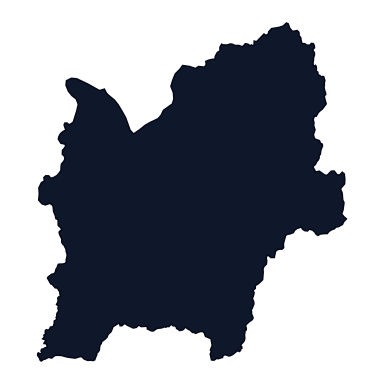 Hulu Perak, Perak, Malaysia
{"feature_id": "92858781B35407838405861", "entity_name": "Hulu Perak", "entity_type": "district", "adm_level": 2, "iso_a3": "MYS", "parent_name": "Malaysia", "parent_adm1": "Perak", "projection": "albers", "projection_center": [101.278, 5.451], "detail": "fine", "context": "isolated", "style": "filled", "palette": "ink", "viewbox_px": 384, "rotation_deg": 0, "n_neighbors": 0, "source": "geoboundaries", "source_scale": "gbopen_adm2", "svg_char_len": 5839}
<svg xmlns="http://www.w3.org/2000/svg" viewBox="0 0 384 384"><path d="M324.4,85.4L324.3,82.5L324.7,81.5L324.8,80.3L323.8,76.8L323.0,76.4L322.1,76.7L320.7,76.6L320.0,75.6L318.7,75.0L318.0,74.4L317.8,72.2L316.3,70.9L316.4,67.3L316.0,66.0L315.3,65.3L314.4,66.3L313.4,65.9L313.0,62.9L313.5,59.7L313.5,58.2L313.8,56.9L314.4,55.4L314.5,53.4L314.3,52.3L313.2,51.4L313.0,50.3L313.3,48.9L314.5,47.8L314.3,45.4L313.2,43.6L311.4,43.4L310.0,45.1L308.7,45.2L306.8,45.1L304.8,43.7L302.4,43.6L301.5,42.3L300.6,37.2L299.2,36.2L298.9,32.2L297.0,30.5L294.1,31.2L292.3,31.2L289.7,28.1L288.2,23.8L286.4,23.0L283.1,26.1L279.0,27.4L271.6,28.6L268.7,31.8L268.4,33.8L267.3,34.8L265.5,35.2L264.0,34.0L256.9,41.4L255.9,41.5L254.2,41.1L254.0,45.1L253.2,45.8L251.4,44.9L250.1,45.8L248.0,44.2L245.4,43.7L242.7,46.6L241.2,46.4L239.2,45.5L235.6,45.5L233.8,45.0L232.0,44.1L230.2,44.0L227.6,44.9L225.6,45.0L223.2,44.9L221.6,44.2L219.9,47.3L220.0,50.8L217.4,52.4L215.7,55.5L215.2,56.9L215.1,58.7L214.2,59.3L212.3,59.3L208.3,60.3L205.8,61.4L206.2,64.0L205.8,65.7L204.1,67.1L198.5,66.5L195.5,68.5L189.6,66.5L182.7,65.5L179.8,69.4L175.3,73.9L172.9,79.8L170.9,86.2L173.4,92.6L173.9,99.0L172.4,103.9L163.5,110.3L161.1,115.3L158.1,118.7L149.7,122.7L144.8,125.6L139.9,129.6L133.5,134.0L130.0,130.0L125.6,117.7L122.6,112.3L118.2,104.9L114.3,100.0L108.8,95.5L106.4,93.1L104.4,89.1L99.5,90.6L88.1,84.2L76.8,78.8L71.4,78.3L66.5,80.7L66.0,85.2L68.4,91.1L71.9,95.5L76.3,99.0L78.3,104.4L76.8,110.8L73.3,122.1L71.0,123.8L69.0,124.8L67.0,123.0L65.0,123.0L64.1,124.8L65.0,127.8L66.0,129.8L62.5,131.9L60.5,133.7L58.9,136.5L58.3,139.1L60.9,143.2L65.3,144.2L65.5,146.6L63.7,149.0L62.5,150.2L62.3,154.3L64.1,155.9L64.9,157.9L64.5,160.1L63.3,161.9L61.5,164.0L61.1,166.8L60.9,170.6L59.1,173.2L57.1,175.5L54.8,176.9L52.6,177.9L50.6,178.1L48.8,175.9L45.9,175.7L43.9,177.5L44.3,181.3L41.5,182.5L38.9,187.8L39.3,193.8L38.7,200.1L42.1,203.9L45.5,204.9L49.8,203.3L52.0,204.7L53.2,206.6L53.6,211.6L55.5,216.0L55.6,217.8L56.3,219.0L57.6,219.0L58.1,220.4L58.2,225.1L59.3,226.6L60.6,227.3L61.3,229.1L61.5,230.4L59.8,231.1L59.1,232.2L59.5,234.1L60.7,237.0L61.7,238.5L61.8,242.4L62.6,243.9L64.0,245.2L66.0,249.1L66.2,251.2L67.1,254.3L67.1,256.0L66.2,259.8L66.3,262.0L64.9,263.6L63.2,264.0L58.7,264.2L57.9,265.1L57.2,267.5L56.1,269.0L55.1,272.8L53.5,273.9L51.6,274.3L48.2,276.9L47.5,278.1L50.8,283.9L52.2,284.3L55.2,287.8L57.3,288.1L59.6,291.6L60.1,294.6L60.8,295.0L59.9,296.3L58.4,297.1L57.8,298.1L58.1,301.2L57.4,303.0L56.5,304.4L57.4,305.2L58.6,305.7L57.9,308.1L58.7,311.3L57.4,312.6L56.8,314.1L56.8,316.1L56.1,317.6L56.9,318.8L56.2,319.8L54.2,321.1L54.3,323.2L53.1,326.8L50.6,327.0L49.1,329.8L47.9,330.1L46.3,329.7L45.4,330.5L45.2,332.4L45.6,333.6L44.9,334.5L43.9,335.1L44.2,336.5L44.0,337.5L42.7,338.8L45.2,340.0L46.0,340.9L44.3,342.5L44.0,343.5L46.6,343.9L46.9,345.7L47.5,347.1L45.0,347.8L43.2,349.0L41.7,349.2L41.1,350.4L41.2,351.7L41.8,352.3L41.5,353.2L40.8,353.7L40.2,353.9L38.4,352.9L37.8,353.4L37.6,355.3L39.8,358.6L40.0,359.9L41.1,361.0L42.4,360.3L43.0,359.7L44.5,359.1L45.2,359.1L48.3,357.4L51.9,358.0L53.1,356.8L55.4,355.3L58.4,355.3L61.5,355.5L67.5,357.1L75.2,358.1L80.1,356.6L82.1,356.8L83.5,358.5L85.0,359.4L87.8,360.4L91.0,360.2L93.1,360.6L94.7,359.9L95.7,357.1L96.6,355.1L96.9,353.2L98.5,351.5L99.4,349.8L99.5,347.6L100.1,344.8L101.3,343.5L101.7,341.6L105.4,338.9L107.0,337.2L107.9,334.8L109.1,333.4L110.8,332.0L112.1,329.2L112.9,326.8L118.0,323.6L119.5,323.3L120.1,325.7L122.0,325.7L123.9,323.9L125.1,323.6L127.3,325.2L133.2,328.0L136.3,327.4L137.9,325.8L139.2,325.3L141.2,326.6L146.1,326.3L147.5,327.1L147.3,328.9L151.1,330.8L153.3,331.0L155.8,329.2L157.6,328.3L161.7,327.9L164.2,326.8L165.6,327.2L167.3,326.5L168.9,326.6L170.5,324.9L171.8,324.4L173.0,325.8L175.2,325.9L176.2,327.1L176.6,328.5L178.7,329.6L179.3,330.5L181.3,330.3L183.3,329.6L184.8,327.7L185.7,327.1L187.3,328.7L190.2,330.2L192.3,332.3L194.6,332.7L195.6,333.4L198.8,332.0L200.7,331.5L202.6,331.5L204.3,332.8L204.8,334.7L205.6,336.4L211.0,338.7L212.2,345.6L210.4,350.0L211.3,351.7L210.2,354.0L211.5,359.9L213.9,360.2L215.4,359.3L216.4,358.4L218.6,358.7L220.6,357.9L222.5,357.5L222.9,355.8L225.5,354.4L226.1,355.0L228.6,355.9L230.1,355.8L232.9,354.4L236.4,351.5L238.3,350.6L239.2,351.5L240.5,350.6L240.6,349.2L241.9,348.3L241.7,346.6L240.6,345.5L241.3,344.2L243.6,341.8L244.4,340.2L244.8,338.3L244.5,334.6L244.9,332.7L244.9,331.2L246.2,329.9L246.3,328.3L245.8,326.7L245.8,324.9L248.9,322.0L252.1,319.7L253.0,318.4L252.8,316.7L251.5,314.0L251.6,311.7L251.0,310.2L252.2,308.3L253.9,303.9L253.7,301.6L252.8,299.7L252.4,298.0L253.3,296.3L254.1,293.0L253.1,290.2L255.3,288.4L255.3,285.6L257.8,284.1L260.2,282.1L262.6,279.7L263.2,272.4L263.0,268.8L264.0,266.4L266.4,264.1L266.7,260.5L266.2,257.7L267.3,255.0L269.7,256.3L270.7,257.5L274.3,257.5L275.5,251.4L277.6,249.6L279.4,249.2L282.0,249.2L283.6,247.8L283.4,243.7L285.6,235.5L287.2,234.4L290.3,233.8L293.3,232.6L294.7,230.2L297.1,228.4L301.4,227.0L302.6,229.2L304.6,230.6L307.4,231.0L309.2,229.2L312.5,230.0L314.9,232.2L316.1,234.2L317.9,235.4L320.4,234.0L324.4,233.6L327.2,233.6L329.2,231.2L331.9,229.6L334.3,228.8L335.9,227.1L338.3,226.7L342.4,224.5L343.6,221.9L346.4,218.9L343.8,216.6L342.2,214.6L341.7,213.6L343.0,210.0L344.0,202.7L342.7,199.9L342.3,194.2L341.9,192.2L340.9,190.4L340.7,188.4L344.6,183.9L344.8,179.3L344.3,174.0L342.3,172.2L339.7,175.0L337.1,174.8L334.2,171.0L331.2,171.2L327.2,175.3L324.8,175.1L319.3,171.2L315.7,172.0L312.8,166.8L315.5,164.2L316.7,161.7L318.1,160.1L319.1,158.1L319.1,155.7L320.3,154.3L320.9,150.0L322.5,146.0L322.3,144.2L320.3,143.0L319.5,140.7L315.0,139.1L314.0,137.1L313.4,134.5L315.0,129.8L313.6,125.4L314.0,123.0L313.2,119.5L314.4,116.1L316.1,116.3L318.3,112.5L320.3,110.6L322.1,109.3L326.2,103.9L324.5,97.7L324.4,95.6L325.7,94.6L325.5,92.8L324.6,90.3L324.0,87.1L324.4,85.4Z" fill="#0f172a" stroke="#020617" stroke-width="1.5"/></svg>